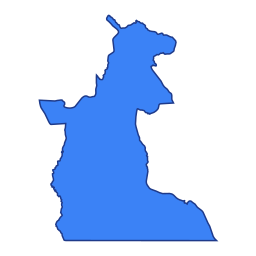 Maniema, Robinson projection
{"feature_id": "COD-1895", "entity_name": "Maniema", "entity_type": "Province", "adm_level": 1, "iso_a3": "COD", "parent_name": "Democratic Republic of the Congo", "parent_adm1": "", "projection": "robinson", "projection_center": [26.456, -2.545], "detail": "fine", "context": "isolated", "style": "filled", "palette": "blue", "viewbox_px": 256, "rotation_deg": 0, "n_neighbors": 0, "source": "natural_earth", "source_scale": "10m", "svg_char_len": 5706}
<svg xmlns="http://www.w3.org/2000/svg" viewBox="0 0 256 256"><path d="M51.2,124.4L50.6,124.3L49.8,123.5L48.8,121.8L44.9,113.6L41.2,107.9L40.6,106.4L39.9,103.6L39.4,100.2L55.0,101.0L57.2,100.5L61.1,100.0L61.9,100.1L62.2,100.2L62.2,100.5L64.4,102.2L64.6,102.6L64.7,104.0L64.6,104.5L64.0,105.5L63.9,105.9L64.0,106.4L64.3,106.8L65.4,107.4L65.6,107.4L66.2,107.6L67.4,107.9L69.3,108.1L71.1,108.0L73.3,107.5L74.7,106.8L75.2,106.4L81.7,98.2L83.0,97.1L83.6,96.7L84.3,96.3L85.3,96.0L86.1,96.0L86.8,96.1L88.7,97.0L89.8,97.2L90.6,97.2L92.8,96.6L94.5,96.4L95.5,94.7L95.8,93.8L95.9,92.8L95.8,89.8L95.9,88.8L96.7,85.9L96.7,84.9L96.4,82.9L96.4,77.0L96.5,75.1L97.7,76.4L98.3,77.6L98.6,77.9L99.5,78.5L99.6,79.2L101.0,79.6L101.9,79.6L102.4,79.5L102.9,78.9L103.1,77.9L103.6,77.1L103.6,76.6L103.2,75.7L103.3,75.4L103.6,75.0L104.5,74.4L105.0,73.7L105.1,72.8L105.3,71.6L105.0,70.8L105.1,70.2L106.0,69.5L106.8,69.1L107.2,68.8L107.4,68.5L107.2,67.8L107.2,67.6L107.7,67.3L107.8,67.1L107.8,64.9L108.0,64.3L108.4,63.5L108.6,62.8L107.9,61.3L107.8,60.8L108.2,57.0L108.6,55.5L109.2,54.9L112.3,52.9L113.3,52.2L113.9,51.5L114.0,50.9L114.0,49.6L112.9,40.3L113.0,39.2L113.3,38.6L114.1,37.5L117.6,34.0L118.2,33.1L118.5,32.4L118.4,31.3L118.2,30.7L117.0,29.2L112.7,25.8L110.9,23.6L108.9,21.6L106.9,19.9L106.7,19.2L106.7,18.2L107.7,16.4L108.1,15.7L108.6,15.4L109.2,15.5L109.6,15.9L110.0,16.0L110.4,16.8L111.6,17.3L112.9,18.6L113.3,19.4L113.6,19.7L114.3,19.7L114.8,20.0L115.7,22.4L116.5,22.7L116.8,23.3L117.8,24.4L119.3,25.0L119.8,26.8L120.6,27.9L121.1,28.2L121.6,28.3L122.8,28.0L124.7,28.0L125.1,27.9L126.6,27.1L128.2,25.4L128.7,25.3L130.5,25.1L134.1,22.8L135.1,23.1L135.8,23.0L136.0,22.8L136.2,22.4L135.9,21.5L135.9,21.0L136.1,20.6L136.5,20.4L137.8,21.5L139.2,21.7L140.1,22.6L140.8,23.0L141.5,23.2L142.4,23.1L142.7,23.3L143.4,24.2L144.6,24.8L145.0,25.2L145.4,25.8L145.3,26.7L145.8,27.7L146.4,28.3L147.3,28.8L147.8,29.8L148.1,30.1L148.9,30.4L149.4,30.8L150.0,31.0L151.8,31.4L154.6,31.7L155.8,32.2L156.5,32.7L156.9,33.5L157.3,33.9L157.6,34.2L158.1,34.3L159.2,34.0L161.5,33.2L162.2,33.3L162.7,33.6L163.2,34.7L163.6,35.1L165.6,35.0L166.8,35.1L169.8,36.6L171.6,37.2L172.3,37.2L175.6,40.8L176.0,42.5L175.8,43.2L175.4,45.4L174.3,48.4L173.9,50.7L173.6,51.3L170.5,53.5L169.9,53.8L169.2,53.9L167.2,53.9L165.0,54.2L164.7,54.1L164.4,53.7L163.8,53.5L163.5,52.9L163.2,52.7L161.9,53.3L161.0,53.2L160.5,53.3L158.6,54.8L157.9,54.8L157.0,54.5L156.7,54.7L155.5,55.6L154.0,56.3L153.6,56.8L153.6,58.6L153.2,60.2L153.3,60.4L153.9,60.9L154.3,61.5L154.4,62.8L155.4,63.6L156.1,64.3L156.3,65.1L156.2,65.7L156.0,65.9L155.6,65.9L154.8,65.5L154.0,65.7L153.4,65.2L153.0,65.1L152.6,65.4L151.9,66.1L151.1,66.4L151.1,66.8L151.5,68.3L152.5,70.1L161.0,81.1L162.9,84.8L163.8,86.1L164.4,86.9L167.3,89.3L168.9,91.7L169.5,92.4L170.9,93.3L171.5,94.1L171.8,95.6L171.8,99.0L172.0,100.0L173.5,103.0L160.3,103.8L159.5,104.2L158.9,105.1L158.6,106.9L158.1,108.6L157.6,109.3L156.8,110.2L155.8,111.1L154.0,112.3L152.8,112.8L150.7,113.5L149.8,114.1L149.4,114.0L149.0,113.3L148.8,113.2L148.2,113.7L147.8,113.7L147.5,113.4L147.2,112.8L147.0,112.6L145.9,112.6L145.5,112.4L144.2,110.7L143.8,110.5L142.8,110.3L142.0,110.0L140.9,110.1L139.5,109.7L138.1,108.9L137.4,108.9L137.2,109.1L136.7,111.0L135.9,116.6L135.5,123.3L135.5,124.3L136.0,126.7L138.3,135.0L139.2,136.9L139.5,137.7L139.6,140.1L139.7,140.5L140.6,141.3L142.6,144.2L144.6,146.1L145.3,147.9L145.1,149.6L145.6,151.3L145.8,151.7L146.3,152.0L146.7,152.9L147.2,153.8L147.1,154.7L146.7,155.2L146.6,155.7L146.8,156.1L147.5,156.3L147.6,156.5L147.4,157.6L147.5,158.6L147.5,160.3L147.6,160.8L148.0,161.4L148.0,161.8L147.9,162.3L146.4,164.1L146.2,164.8L146.6,165.7L146.6,166.5L147.2,166.8L147.4,167.2L147.3,168.5L147.7,169.1L147.7,170.4L147.9,171.3L146.3,181.0L146.3,182.3L146.5,183.3L146.8,184.3L147.8,185.9L149.2,187.9L149.9,188.6L150.9,189.2L156.3,191.2L159.4,192.6L162.6,193.6L169.5,193.5L171.1,193.8L172.5,194.3L173.9,195.4L176.4,197.9L178.0,199.0L179.4,199.7L182.8,200.9L183.6,200.9L184.4,200.6L184.6,200.7L184.3,202.3L184.4,202.9L184.9,203.1L185.6,203.0L186.0,203.1L187.1,204.0L187.7,202.6L188.2,202.0L188.8,201.4L189.6,201.0L190.4,201.0L191.1,201.2L192.8,202.6L195.1,204.2L196.9,206.7L197.5,207.4L201.6,210.5L202.4,211.3L203.1,212.3L207.9,223.0L209.7,226.2L213.2,236.4L213.8,237.4L214.5,238.5L216.6,240.6L66.0,240.5L64.9,240.4L64.1,240.1L62.3,235.9L62.1,234.9L62.0,233.8L61.9,233.6L61.0,232.9L60.3,231.2L59.2,230.5L58.5,229.7L57.8,229.2L57.0,226.8L56.1,226.1L56.4,225.7L55.8,224.6L55.9,224.0L56.7,222.0L57.4,221.1L58.2,220.5L58.8,220.2L58.8,219.8L60.3,217.4L61.9,215.8L62.2,215.2L61.1,213.0L60.7,212.7L61.4,208.8L62.1,207.6L62.2,207.0L62.2,206.4L61.8,205.7L61.6,204.2L61.7,203.7L62.2,202.8L62.1,202.4L61.1,201.3L61.2,200.8L61.4,200.7L61.6,199.9L61.6,199.6L60.9,199.0L60.6,197.3L60.0,196.1L59.7,196.0L58.9,196.6L57.5,195.2L57.5,193.3L57.3,193.0L56.1,191.9L55.6,190.3L55.0,191.0L54.2,189.6L53.8,188.8L53.6,188.1L53.8,188.1L54.1,187.8L54.2,187.4L53.8,187.2L52.4,187.1L52.0,186.9L52.2,186.7L52.5,186.2L51.8,185.9L51.3,185.5L50.9,184.0L51.5,183.6L52.4,181.9L53.5,180.3L53.4,178.8L52.6,175.6L52.5,174.1L52.5,173.8L52.7,173.7L53.2,173.6L53.5,173.5L53.7,172.5L53.6,172.0L52.9,170.7L52.8,169.9L53.5,169.6L54.3,169.5L54.6,169.4L55.0,168.9L55.1,167.8L55.6,167.7L56.2,166.1L56.8,165.6L57.6,165.5L57.9,165.0L57.7,161.3L58.0,161.1L58.6,161.0L59.6,161.0L60.1,160.6L60.3,159.0L60.4,158.7L61.1,157.9L62.0,156.0L62.2,155.0L62.1,154.0L62.4,153.1L62.4,152.9L61.7,152.5L61.6,152.1L61.9,151.6L62.2,151.7L62.7,152.3L63.1,151.9L63.2,151.4L62.5,150.5L62.5,148.8L62.7,147.9L63.1,146.9L64.3,144.8L64.6,142.9L66.0,139.3L66.2,138.5L66.2,137.6L65.4,134.7L65.2,131.6L64.8,130.0L65.4,127.6L65.7,123.5L51.2,124.4Z" fill="#3b82f6" stroke="#1e3a8a" stroke-width="1.5"/></svg>